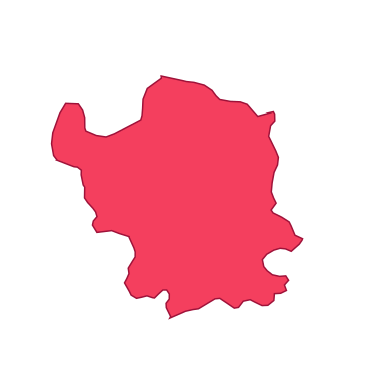 Bonghwa-gun, North Gyeongsang, South Korea, rotated 244°
{"feature_id": "91817680B47987210748527", "entity_name": "Bonghwa-gun", "entity_type": "district", "adm_level": 2, "iso_a3": "KOR", "parent_name": "South Korea", "parent_adm1": "North Gyeongsang", "projection": "mercator", "projection_center": [128.885, 36.914], "detail": "fine", "context": "isolated", "style": "filled", "palette": "rose", "viewbox_px": 384, "rotation_deg": 244, "n_neighbors": 0, "source": "geoboundaries", "source_scale": "gbopen_adm2", "svg_char_len": 1700}
<svg xmlns="http://www.w3.org/2000/svg" viewBox="0 0 384 384"><g transform="rotate(244 192 192)"><path d="M279.8,84.5L266.5,96.9L264.6,99.9L260.1,102.1L256.0,99.9L246.0,97.3L243.4,97.7L233.8,92.8L228.2,93.6L220.8,95.8L216.3,96.6L211.5,95.8L209.2,90.6L205.9,88.0L197.4,88.8L192.5,102.9L186.6,108.4L179.5,115.9L178.9,115.6L167.2,115.3L163.1,114.7L158.5,112.4L155.6,107.7L151.5,101.3L146.3,99.6L142.8,95.5L139.9,91.5L130.0,92.1L126.0,92.1L120.8,95.5L119.6,100.2L118.4,106.0L114.4,110.1L113.2,111.8L115.0,117.0L116.7,122.8L115.0,126.3L110.3,126.9L105.7,124.6L103.3,119.9L99.3,118.2L89.4,118.2L88.4,116.8L87.7,133.8L85.9,141.4L84.2,146.6L85.9,165.8L84.2,170.4L76.1,175.1L69.1,179.1L67.9,183.2L71.4,190.2L69.7,197.1L65.0,200.6L59.2,205.2L56.9,210.5L58.6,218.0L64.5,221.5L62.1,227.3L62.1,233.7L67.9,234.3L70.3,240.1L75.5,239.5L77.8,233.7L82.4,227.9L88.3,225.0L93.5,223.8L100.4,225.6L103.3,231.9L103.9,240.1L102.8,246.5L99.9,251.1L95.2,255.2L98.1,265.6L100.4,269.7L101.5,270.9L108.0,265.6L117.9,266.2L122.5,266.2L130.0,261.6L137.6,255.7L141.1,255.2L145.1,262.7L150.9,262.7L157.3,263.3L164.9,267.9L173.6,274.3L178.8,280.7L185.2,284.8L192.2,285.3L200.9,285.3L208.4,285.3L217.1,291.7L219.4,297.5L225.8,300.4L228.7,300.4L229.9,295.2L228.7,296.4L231.0,284.2L239.8,281.9L246.7,280.1L251.9,274.9L256.6,266.2L263.0,257.5L268.2,255.7L274.6,254.6L282.7,249.9L289.7,241.8L293.7,235.4L296.6,231.9L309.8,215.1L307.7,214.3L304.7,197.2L296.9,188.7L288.7,184.2L282.4,180.5L279.1,177.5L278.3,147.8L279.1,138.9L284.7,130.7L293.2,123.3L296.5,123.7L305.8,128.1L313.6,129.6L321.1,128.5L327.1,117.3L321.1,108.1L306.2,92.8L296.9,86.9L285.4,83.6L279.8,84.7L279.8,84.5Z" fill="#f43f5e" stroke="#9f1239" stroke-width="1.5"/></g></svg>